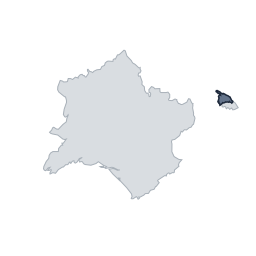 Haute-Corse on a map of France (Albers equal-area conic projection), rotated 302°
{"feature_id": "FRA-5297", "entity_name": "Haute-Corse", "entity_type": "Metropolitan department", "adm_level": 1, "iso_a3": "FRA", "parent_name": "France", "parent_adm1": "", "projection": "albers", "projection_center": [9.18, 42.426], "detail": "fine", "context": "in_parent", "style": "filled", "palette": "slate", "viewbox_px": 256, "rotation_deg": 302, "n_neighbors": 0, "source": "natural_earth", "source_scale": "10m", "svg_char_len": 5291}
<svg xmlns="http://www.w3.org/2000/svg" viewBox="0 0 256 256"><g transform="rotate(302 128 128)"><path d="M185.7,106.3L184.3,107.1L183.5,108.6L182.6,108.9L181.0,108.9L180.2,107.9L178.3,108.5L177.5,109.5L178.6,110.7L174.7,115.5L172.2,116.8L171.6,120.0L168.6,122.3L167.4,124.8L167.3,125.3L168.0,126.2L167.6,127.8L166.1,128.9L166.1,129.9L166.5,130.1L168.8,129.3L169.7,128.4L169.3,127.0L171.6,125.4L175.6,126.0L176.0,128.2L175.5,130.0L178.3,134.1L175.7,135.9L175.5,137.1L178.0,141.2L179.6,142.9L178.6,145.6L175.8,147.3L174.0,147.1L173.3,147.5L173.3,148.4L174.5,150.8L177.5,152.5L177.9,154.4L177.0,155.0L175.5,157.8L176.1,159.2L175.9,159.8L176.1,160.7L176.9,161.7L181.1,164.2L184.9,163.8L185.4,165.2L183.0,168.8L183.1,170.4L181.9,170.5L181.7,171.0L179.2,172.2L175.3,175.8L173.5,176.8L172.7,178.7L171.6,179.7L165.9,181.6L164.9,181.1L162.2,181.1L160.6,179.7L157.4,178.7L156.4,176.7L153.4,176.2L153.3,174.8L149.0,175.8L143.1,173.7L141.2,171.7L139.4,172.1L137.8,173.7L131.1,177.8L128.2,182.2L128.3,187.7L129.6,190.5L125.7,189.8L123.3,190.4L122.6,191.5L117.1,189.7L114.9,190.7L114.3,190.5L113.7,189.3L111.1,187.8L111.6,187.0L111.3,186.1L108.8,185.2L107.8,186.0L107.0,184.3L100.0,181.1L98.9,181.0L98.2,183.4L93.5,182.9L92.9,182.4L89.9,182.6L87.0,180.0L83.4,180.0L81.5,177.4L79.5,177.0L76.7,175.4L75.4,174.6L75.3,173.9L74.3,174.9L73.2,174.5L73.0,174.1L73.9,172.9L74.2,171.4L70.7,169.8L69.9,168.6L70.0,168.0L72.0,167.8L74.0,165.9L76.7,158.5L79.0,149.7L80.1,148.1L81.2,147.8L80.5,146.4L79.2,147.9L80.9,139.7L82.9,133.7L85.6,136.6L86.1,137.8L86.6,141.6L88.1,143.3L87.2,141.7L86.7,136.7L86.2,135.2L81.9,130.5L81.9,129.6L83.9,130.3L83.4,127.1L83.7,120.7L80.9,119.7L76.8,116.3L74.3,111.0L74.2,109.2L75.2,107.3L74.7,106.0L73.5,105.0L74.7,103.4L75.7,103.4L78.8,104.8L76.3,102.9L72.0,102.8L70.4,102.0L70.2,100.8L71.6,99.5L70.3,98.4L67.8,98.3L67.6,97.8L68.4,96.9L67.9,96.4L65.8,96.5L64.7,96.0L63.9,94.6L60.7,93.9L60.1,93.1L55.9,91.0L51.2,90.5L50.3,87.9L47.7,86.3L48.4,85.6L51.3,85.4L52.0,84.8L50.1,83.5L49.5,82.3L53.3,82.7L51.8,81.4L48.2,80.9L47.9,79.4L48.6,78.0L50.9,77.0L56.4,76.4L60.2,76.9L63.1,75.6L65.8,75.6L68.2,76.8L71.1,81.4L74.0,80.0L78.1,80.6L78.8,81.7L80.1,80.0L80.9,81.2L85.9,81.5L84.8,80.6L84.1,78.7L84.8,72.1L82.9,67.0L82.5,65.2L82.8,63.7L85.7,64.4L88.2,64.0L89.3,64.6L89.2,67.7L90.0,69.6L96.7,71.0L100.5,72.4L104.0,71.0L107.2,70.5L107.5,70.2L105.7,70.1L104.1,69.2L104.0,68.4L105.1,66.1L110.1,63.9L117.1,62.3L119.0,61.0L121.3,58.5L120.9,57.7L121.8,50.4L123.1,48.1L125.8,46.6L132.4,45.3L133.1,47.7L132.9,49.0L134.5,51.3L135.3,52.0L138.3,51.1L139.5,53.1L139.8,55.3L143.2,56.4L144.0,59.3L144.7,58.7L146.9,59.0L147.9,59.3L149.2,60.6L148.7,62.3L149.3,63.2L148.6,64.7L149.0,65.4L153.0,65.6L154.2,65.0L154.9,63.4L156.1,62.6L156.6,62.9L155.6,65.8L156.2,66.6L156.3,68.7L157.9,68.9L160.8,70.7L163.1,73.6L166.3,73.3L168.6,74.9L171.2,74.2L173.6,75.1L174.4,76.0L176.5,79.9L178.2,79.2L179.4,79.7L179.8,80.8L184.4,80.3L185.2,81.4L186.1,81.8L191.9,83.4L192.0,84.8L188.5,88.9L187.0,94.9L185.9,96.9L185.5,98.4L185.8,99.5L185.6,101.1L184.8,105.0L185.2,106.1L185.7,106.3ZM207.2,186.8L206.9,189.3L207.8,191.0L208.2,198.1L206.3,201.6L206.0,205.7L203.6,210.7L200.0,208.5L198.9,207.2L199.9,205.4L197.7,204.3L198.3,202.5L198.0,201.6L196.6,201.5L196.5,201.0L197.6,199.6L197.6,198.7L196.2,197.6L195.9,196.6L197.3,195.5L196.7,194.5L195.9,194.3L197.8,191.1L199.0,190.1L201.9,189.2L203.0,188.0L204.9,188.7L205.2,188.4L205.8,183.2L206.4,183.2L207.0,183.8L207.2,186.8ZM82.5,127.4L81.9,128.8L80.4,126.1L80.4,124.7L82.5,127.4Z" fill="#d9dde1" stroke="#a8b0b8" stroke-width="1"/><path d="M196.0,193.9L196.2,193.7L196.3,193.8L196.4,193.7L196.5,193.4L197.0,193.2L197.1,192.9L197.1,192.7L197.3,192.4L197.2,192.3L197.1,192.2L197.2,191.8L197.4,191.6L197.6,191.5L197.8,191.4L197.7,191.2L197.8,190.9L197.7,190.7L197.8,190.6L197.9,190.8L198.1,190.7L198.2,190.8L198.3,190.9L198.5,190.9L198.8,190.7L199.0,190.3L198.9,190.1L199.4,190.1L200.2,189.7L201.5,189.4L201.9,189.2L202.0,188.9L202.6,188.1L202.8,188.0L203.1,188.0L203.4,188.0L203.5,188.0L204.2,188.2L204.5,188.3L204.7,188.5L204.8,189.0L205.4,188.2L205.5,187.7L205.4,187.4L205.5,187.1L205.5,186.8L205.3,186.5L205.1,186.2L205.4,185.8L205.4,185.6L205.3,185.3L205.4,185.2L205.5,185.0L205.8,184.7L205.7,184.6L205.8,184.4L205.6,184.3L205.5,184.0L205.5,183.7L205.8,183.3L206.3,183.3L206.5,183.2L206.7,183.5L206.8,183.6L207.0,183.7L207.0,183.8L206.9,184.0L207.0,184.3L207.1,184.5L207.0,184.8L207.3,186.3L207.3,186.8L206.9,188.4L206.9,188.6L206.9,188.9L206.9,189.3L206.8,189.5L207.0,189.7L207.0,189.8L207.0,190.0L207.1,190.3L207.1,190.5L207.3,190.7L207.6,190.8L207.6,190.6L207.4,190.0L207.7,190.6L207.8,190.9L207.9,191.2L207.9,192.2L207.9,192.7L208.1,193.0L207.9,193.5L207.9,194.0L208.0,194.4L208.2,195.0L208.3,195.4L208.2,197.5L208.3,197.9L208.2,198.0L208.2,198.3L208.1,198.6L207.8,198.9L207.6,199.1L207.4,199.5L206.6,200.8L206.4,201.0L206.3,201.7L206.2,202.7L205.7,202.7L205.2,203.1L204.1,202.8L204.3,202.2L204.3,201.9L204.3,201.6L204.0,201.0L204.0,200.1L204.1,199.9L203.4,199.9L203.2,199.8L203.1,199.5L203.0,199.0L202.9,198.7L202.1,197.7L201.9,197.0L201.8,196.9L201.7,196.8L201.2,196.8L199.9,195.8L199.8,195.6L199.7,194.9L199.1,194.9L197.7,194.6L196.7,194.0L196.2,194.0L196.0,193.9ZM207.0,189.5L207.3,189.9L207.2,189.9L207.0,189.5Z" fill="#64748b" stroke="#1e293b" stroke-width="1.5"/></g></svg>